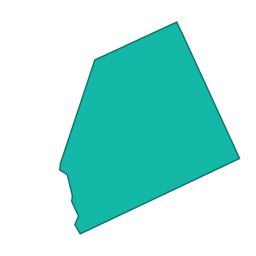 Alamosa, Colorado, United States of America (orthographic projection), rotated 155°
{"feature_id": "52423323B58056055528958", "entity_name": "Alamosa", "entity_type": "district", "adm_level": 2, "iso_a3": "USA", "parent_name": "United States of America", "parent_adm1": "Colorado", "projection": "orthographic", "projection_center": [-105.672, 37.554], "detail": "fine", "context": "isolated", "style": "filled", "palette": "teal", "viewbox_px": 256, "rotation_deg": 155, "n_neighbors": 0, "source": "geoboundaries", "source_scale": "gbopen_adm2", "svg_char_len": 317}
<svg xmlns="http://www.w3.org/2000/svg" viewBox="0 0 256 256"><g transform="rotate(155 128 128)"><path d="M39.0,186.6L39.1,203.4L129.2,203.7L204.3,124.3L207.6,118.9L202.7,111.3L207.1,89.9L210.0,85.2L210.0,69.1L217.0,62.8L216.0,52.3L39.8,53.3L39.0,186.6Z" fill="#14b8a6" stroke="#0f766e" stroke-width="1.5"/></g></svg>